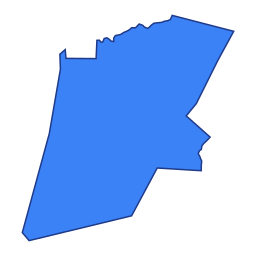 the district of Marcos Parente, Piauí, Brazil
{"feature_id": "56859067B36922386289934", "entity_name": "Marcos Parente", "entity_type": "district", "adm_level": 2, "iso_a3": "BRA", "parent_name": "Brazil", "parent_adm1": "Piauí", "projection": "natural_earth1", "projection_center": [-43.865, -7.082], "detail": "fine", "context": "isolated", "style": "filled", "palette": "blue", "viewbox_px": 256, "rotation_deg": 0, "n_neighbors": 0, "source": "geoboundaries", "source_scale": "gbopen_adm2", "svg_char_len": 836}
<svg xmlns="http://www.w3.org/2000/svg" viewBox="0 0 256 256"><path d="M109.3,39.3L106.9,37.8L104.2,38.5L102.8,41.9L100.9,42.2L99.4,40.2L96.9,40.3L96.1,58.6L66.0,58.4L65.2,49.6L59.9,54.2L60.1,60.2L60.4,69.2L49.2,134.1L48.3,137.2L22.3,232.6L29.1,240.6L113.4,220.2L131.6,215.8L157.2,168.0L201.2,170.7L201.2,168.4L201.3,165.5L201.7,161.1L200.6,158.7L199.7,156.2L198.2,153.6L199.5,150.7L201.3,149.5L201.9,146.0L203.6,143.6L206.0,141.4L208.1,139.3L210.1,137.1L186.2,115.9L196.3,103.6L211.3,73.5L217.9,60.3L233.7,31.3L175.3,16.2L172.2,15.4L170.4,19.5L168.1,20.6L164.2,21.3L162.0,22.3L153.9,23.2L151.4,25.1L149.6,26.9L147.8,28.4L144.5,27.1L142.7,25.3L139.2,24.0L135.5,27.8L131.7,27.7L129.3,29.8L127.0,31.1L123.7,32.5L120.5,34.5L115.4,35.6L113.7,38.1L113.7,41.5L111.1,41.1L109.3,39.3Z" fill="#3b82f6" stroke="#1e3a8a" stroke-width="1.5"/></svg>